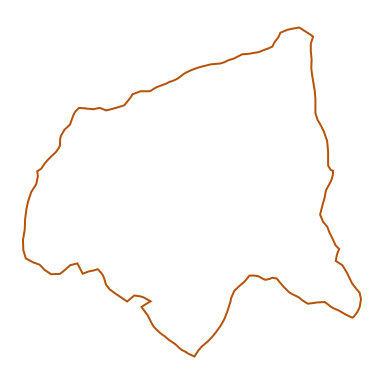 the district of Kitutu Chache North, Nyanza, Kenya
{"feature_id": "3690345B89017750364899", "entity_name": "Kitutu Chache North", "entity_type": "district", "adm_level": 2, "iso_a3": "KEN", "parent_name": "Kenya", "parent_adm1": "Nyanza", "projection": "robinson", "projection_center": [34.826, -0.564], "detail": "fine", "context": "isolated", "style": "outline", "palette": "amber", "viewbox_px": 384, "rotation_deg": 0, "n_neighbors": 0, "source": "geoboundaries", "source_scale": "gbopen_adm2", "svg_char_len": 2749}
<svg xmlns="http://www.w3.org/2000/svg" viewBox="0 0 384 384"><path d="M131.0,96.9L124.5,105.1L122.2,106.0L116.6,107.7L114.8,108.2L111.8,109.0L106.2,110.4L99.8,107.9L93.3,109.2L87.6,108.7L84.7,108.3L78.9,107.9L74.8,112.2L73.1,115.9L72.0,118.9L70.0,124.6L64.6,129.6L61.2,135.3L60.5,137.2L60.1,139.8L60.0,145.3L58.9,147.8L55.8,152.2L50.7,156.9L47.5,160.2L44.8,163.4L41.2,168.7L37.2,171.3L37.9,176.1L36.3,184.0L31.2,192.1L27.9,202.1L26.3,209.8L25.1,219.7L24.7,230.0L23.0,239.7L23.3,250.0L25.8,258.4L33.0,262.3L39.6,264.7L44.8,270.1L51.1,274.2L60.0,273.9L65.8,269.2L70.2,265.2L77.4,263.4L82.7,273.7L88.5,271.5L93.4,270.5L97.8,269.2L101.1,272.8L102.7,275.0L104.2,278.5L106.0,284.7L109.7,289.4L115.8,293.9L122.3,298.2L127.1,301.5L134.3,295.5L140.3,296.4L142.9,297.1L144.9,298.1L150.6,301.3L145.4,304.4L141.5,307.0L147.8,315.5L151.8,323.5L153.5,326.4L156.3,329.4L159.4,332.3L162.8,335.0L164.5,336.1L168.9,339.9L174.9,343.9L181.4,349.7L185.6,351.9L188.3,353.7L194.4,356.5L195.7,354.5L198.4,350.5L200.4,348.0L202.5,345.9L208.0,341.3L211.7,337.4L215.1,333.3L219.1,327.9L221.4,324.5L224.6,318.6L227.3,311.5L228.3,308.6L229.1,305.7L230.7,300.9L230.9,298.6L234.2,291.0L239.0,286.3L242.9,283.0L244.6,281.5L246.1,279.8L249.3,275.7L253.7,275.5L258.6,276.3L262.5,278.6L265.4,279.8L269.6,278.9L272.4,277.7L276.9,278.6L278.7,281.0L280.2,282.8L284.0,287.2L286.2,289.4L289.2,292.3L291.8,293.9L294.0,295.0L298.4,297.1L300.1,298.4L301.9,300.0L307.5,303.6L309.4,303.5L313.6,303.0L316.6,302.5L324.5,302.0L327.2,303.8L330.4,306.4L333.2,308.1L339.1,310.7L345.3,314.3L348.9,316.1L352.4,317.6L354.0,316.5L357.4,312.0L359.6,307.3L361.0,299.2L359.6,292.7L355.8,288.2L352.3,283.7L351.4,282.0L347.3,273.4L342.4,265.2L335.8,260.9L336.7,255.8L337.6,252.7L339.1,248.9L335.6,245.4L332.2,237.9L329.4,232.4L327.3,226.8L323.0,221.7L320.1,214.6L322.4,205.5L324.7,197.4L325.7,191.4L326.4,189.5L328.6,185.5L330.3,182.4L332.0,178.3L333.0,173.7L333.1,170.8L330.7,169.9L328.2,165.8L328.1,162.9L328.1,156.1L328.1,152.2L327.9,149.3L327.1,140.9L324.0,131.9L320.8,125.3L317.5,119.8L315.4,113.0L315.4,105.9L315.4,98.3L314.7,90.6L314.3,88.0L313.2,81.7L312.7,78.5L312.0,74.1L311.3,68.3L311.6,59.5L310.8,51.0L310.8,43.6L313.1,36.8L311.2,35.1L307.1,32.5L299.2,27.5L292.0,28.8L287.8,29.7L285.0,30.8L280.4,32.7L278.5,37.0L274.6,42.2L272.2,46.7L268.6,48.3L263.4,50.2L260.4,51.5L258.5,52.2L253.0,53.0L250.6,53.5L248.1,53.9L242.1,54.3L237.0,57.0L234.3,58.4L228.8,60.1L224.4,62.2L220.3,63.5L215.8,63.9L211.4,64.3L209.6,64.6L204.4,66.0L202.6,66.4L199.4,67.2L194.5,68.9L191.5,70.0L186.6,72.3L183.5,74.1L179.6,77.2L177.1,78.9L173.0,80.8L171.2,81.4L169.4,81.9L166.1,83.7L162.7,84.9L156.5,87.2L153.8,88.8L150.1,91.2L144.3,91.3L140.8,91.2L132.4,94.3L131.0,96.9Z" fill="none" stroke="#b45309" stroke-width="2"/></svg>